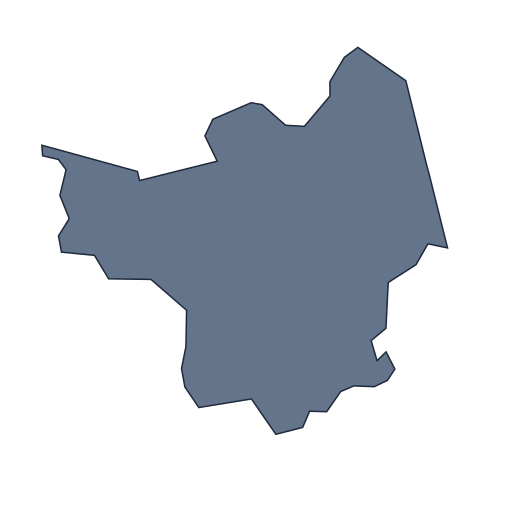 outline of Union, Georgia, United States of America, rotated 76°
{"feature_id": "52423323B53234951977617", "entity_name": "Union", "entity_type": "district", "adm_level": 2, "iso_a3": "USA", "parent_name": "United States of America", "parent_adm1": "Georgia", "projection": "mercator", "projection_center": [-83.988, 34.815], "detail": "fine", "context": "isolated", "style": "filled", "palette": "slate", "viewbox_px": 512, "rotation_deg": 76, "n_neighbors": 0, "source": "geoboundaries", "source_scale": "gbopen_adm2", "svg_char_len": 795}
<svg xmlns="http://www.w3.org/2000/svg" viewBox="0 0 512 512"><g transform="rotate(76 256 256)"><path d="M96.7,437.0L107.2,438.8L114.5,424.4L126.3,419.4L149.7,431.6L174.6,428.2L188.7,442.8L205.2,443.8L216.3,412.6L242.5,404.5L253.3,363.6L291.9,336.5L326.9,345.9L347.2,355.5L365.9,356.7L389.2,348.1L393.6,295.0L433.8,279.9L433.6,252.2L419.6,241.5L424.2,225.1L408.0,206.6L405.7,192.5L411.4,173.0L408.5,158.6L399.3,148.6L380.5,153.0L386.9,163.9L365.9,164.7L357.6,147.4L313.7,134.1L303.1,102.8L285.8,86.2L294.5,68.2L294.3,68.2L233.1,68.2L218.7,68.2L211.0,68.4L122.2,68.2L78.2,106.7L84.6,122.2L104.7,142.1L118.6,145.5L141.9,177.7L136.3,195.7L110.6,213.4L106.1,223.7L112.8,264.7L127.1,276.5L154.6,270.7L154.6,350.7L145.3,350.6L96.7,437.0Z" fill="#64748b" stroke="#1e293b" stroke-width="1.5"/></g></svg>